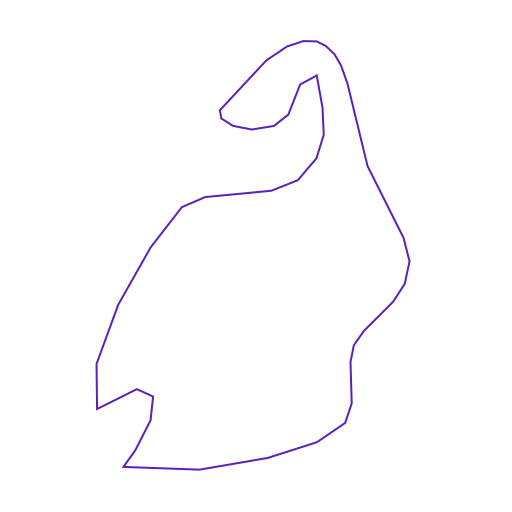 outline of National Capital District, rotated 93°
{"feature_id": "PNG-1254", "entity_name": "National Capital District", "entity_type": "Province", "adm_level": 1, "iso_a3": "PNG", "parent_name": "Papua New Guinea", "parent_adm1": "", "projection": "mercator", "projection_center": [147.167, -9.459], "detail": "fine", "context": "isolated", "style": "outline", "palette": "violet", "viewbox_px": 512, "rotation_deg": 93, "n_neighbors": 0, "source": "natural_earth", "source_scale": "10m", "svg_char_len": 719}
<svg xmlns="http://www.w3.org/2000/svg" viewBox="0 0 512 512"><g transform="rotate(93 256 256)"><path d="M473.5,377.3L456.6,366.5L425.6,352.7L401.8,351.4L395.2,368.0L417.1,406.7L372.2,409.6L311.8,391.0L252.8,361.6L211.1,332.6L199.8,309.9L190.0,244.0L178.1,218.2L155.4,200.8L131.5,194.7L104.6,197.3L72.5,204.8L82.4,220.9L113.1,231.1L125.2,245.0L129.9,266.8L127.3,285.7L120.5,297.8L112.3,299.7L60.0,255.8L45.1,235.9L38.9,220.0L38.5,206.6L42.7,197.2L50.5,188.1L61.6,180.9L79.0,173.7L160.4,149.3L230.2,109.6L253.3,102.4L275.9,106.0L294.4,116.6L325.0,144.2L340.0,153.6L356.8,156.1L398.2,152.7L418.0,158.2L438.7,185.3L457.0,233.6L472.3,301.2L473.5,373.7L473.5,377.3Z" fill="none" stroke="#5b21b6" stroke-width="2"/></g></svg>